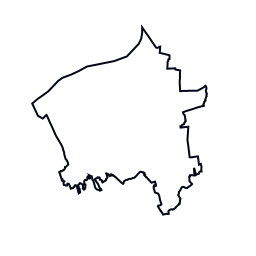 outline of Dragasani, Vâlcea, Romania, rotated 255°
{"feature_id": "2599482B20433096122329", "entity_name": "Dragasani", "entity_type": "district", "adm_level": 2, "iso_a3": "ROU", "parent_name": "Romania", "parent_adm1": "Vâlcea", "projection": "robinson", "projection_center": [24.24, 44.65], "detail": "fine", "context": "isolated", "style": "outline", "palette": "ink", "viewbox_px": 256, "rotation_deg": 255, "n_neighbors": 0, "source": "geoboundaries", "source_scale": "gbopen_adm2", "svg_char_len": 5518}
<svg xmlns="http://www.w3.org/2000/svg" viewBox="0 0 256 256"><g transform="rotate(255 128 128)"><path d="M221.5,167.7L215.9,166.2L210.9,163.9L206.5,160.2L197.4,145.4L196.2,132.0L197.5,111.6L198.0,104.4L195.7,94.8L194.3,86.9L193.4,77.5L191.5,72.7L187.3,65.8L184.0,60.4L181.4,53.6L180.6,51.5L179.7,48.8L176.4,41.8L163.0,44.2L159.2,48.1L160.0,49.7L161.2,51.5L161.7,52.6L160.4,53.0L154.9,53.8L150.5,54.6L139.2,56.4L130.0,59.0L127.4,59.6L125.7,59.8L122.5,59.8L122.2,59.9L121.3,60.0L120.5,59.9L119.8,59.7L119.0,59.6L115.4,59.7L113.8,59.8L113.4,60.2L112.8,60.5L112.0,60.6L111.3,60.8L110.2,60.9L108.3,60.9L106.9,58.5L106.0,57.1L106.2,56.9L105.4,56.6L104.3,55.7L104.1,54.7L103.9,54.6L103.9,54.4L103.7,52.9L103.8,52.3L103.4,52.4L103.3,50.5L103.1,50.1L100.9,50.5L100.1,50.6L99.8,50.3L98.7,50.5L96.2,50.6L96.1,51.0L95.9,51.3L94.3,50.5L93.4,51.8L93.8,52.0L93.0,52.7L92.0,51.8L91.6,51.5L90.4,51.3L89.7,51.3L89.6,51.7L88.3,53.4L88.3,54.0L88.2,54.3L88.7,54.6L89.9,55.1L89.5,56.3L87.3,56.8L84.2,57.1L84.4,58.3L84.1,59.1L84.1,59.5L84.5,59.6L84.9,60.1L85.0,61.1L85.4,61.3L86.1,61.5L86.4,62.3L86.4,62.6L86.1,62.9L85.7,63.2L85.1,63.5L84.2,63.8L83.8,63.8L83.1,63.4L77.7,63.5L78.1,64.5L78.1,65.1L78.3,65.2L79.4,65.3L80.1,65.1L81.1,65.5L81.8,65.5L83.1,65.1L84.0,65.1L85.2,64.9L85.9,65.2L86.1,65.6L86.2,66.2L86.5,66.6L86.9,66.7L87.2,67.0L87.1,67.4L85.9,68.9L85.5,69.2L84.6,69.5L83.7,69.6L81.1,68.7L80.5,69.2L79.9,69.5L80.4,70.6L80.7,70.8L80.9,70.7L81.1,71.1L82.3,71.6L82.7,71.6L84.4,72.3L84.6,71.8L84.8,71.0L88.3,72.1L89.0,73.3L88.4,74.4L88.7,74.9L88.8,75.3L89.1,75.6L89.6,75.8L90.6,75.8L91.1,76.3L91.6,76.5L91.5,76.8L89.5,77.4L89.1,77.9L89.7,78.7L90.3,78.7L92.4,78.3L91.1,79.7L90.8,80.1L90.8,80.4L90.6,80.4L90.0,80.5L88.4,80.3L87.3,80.2L86.5,80.7L85.4,80.9L79.0,80.9L77.6,81.4L77.0,81.8L76.2,82.7L75.6,83.8L74.7,84.6L75.0,86.3L76.5,85.9L76.6,85.6L77.7,85.0L78.0,85.1L82.4,84.4L83.0,84.0L83.4,83.9L83.6,83.7L87.1,82.8L87.3,83.4L88.2,86.0L87.6,86.2L87.6,86.7L87.7,87.3L87.6,87.7L87.5,87.8L86.8,87.8L86.2,87.5L85.5,87.4L85.3,87.5L84.7,88.8L84.3,89.1L83.6,89.3L83.2,89.4L82.9,89.0L82.0,89.3L82.6,91.0L83.2,93.2L83.4,93.4L84.3,93.5L84.5,93.7L84.9,94.6L85.4,95.3L85.6,95.4L86.6,95.4L87.9,95.4L89.8,95.1L89.8,95.3L89.4,95.8L89.1,96.4L88.3,97.2L87.7,97.4L87.0,97.5L86.5,97.7L86.4,98.1L86.6,98.1L86.8,98.4L86.9,99.3L87.2,99.7L87.5,99.8L87.4,99.9L86.6,100.2L86.2,100.4L86.6,101.2L84.3,102.7L84.4,102.9L84.3,103.0L80.4,105.3L77.4,107.2L75.4,108.6L75.3,108.9L75.4,109.1L75.6,109.3L77.2,110.1L77.6,110.4L77.9,111.0L78.3,112.9L78.1,113.9L78.3,114.6L78.5,116.2L78.1,117.6L78.2,118.5L78.5,119.5L78.4,119.8L78.3,120.2L78.5,121.8L78.9,122.1L79.0,122.6L79.2,122.9L79.9,124.2L81.2,125.9L81.9,127.3L82.6,128.5L82.0,129.7L81.6,130.4L81.6,130.6L81.2,131.4L80.7,131.9L80.3,132.2L79.7,131.4L78.6,132.3L78.1,131.6L76.0,132.7L76.1,132.9L73.3,134.3L71.6,135.1L71.4,135.4L70.5,135.7L69.1,136.5L69.2,140.2L67.9,140.3L65.0,140.2L64.8,139.6L64.7,138.5L65.7,138.3L65.5,138.1L65.3,137.9L64.5,137.5L62.5,137.2L61.5,137.4L58.8,137.3L56.7,140.3L54.2,140.6L52.5,140.5L49.7,140.3L45.8,140.6L45.0,139.4L45.0,138.4L45.2,137.7L45.2,137.3L44.9,136.9L44.7,136.6L43.2,137.0L39.5,138.0L39.5,138.3L37.2,138.9L37.2,139.1L35.3,139.5L35.2,141.1L35.2,143.2L34.7,144.0L34.5,144.8L34.5,145.1L36.1,145.4L37.1,145.4L37.9,146.5L38.1,147.2L38.1,147.8L38.3,148.2L38.2,148.8L37.8,149.6L37.9,150.0L37.6,150.2L38.0,151.9L38.3,152.6L38.5,153.1L39.3,154.0L39.9,155.3L40.7,156.6L40.8,157.0L41.1,157.9L41.8,157.8L42.2,158.3L42.1,158.6L45.1,159.7L45.7,160.2L46.0,160.4L48.8,159.5L49.6,159.4L50.1,159.1L50.3,159.2L50.5,159.3L51.4,160.1L52.0,160.3L53.0,160.6L53.5,161.2L53.9,161.9L54.3,162.3L56.6,164.4L56.9,164.8L56.8,166.3L56.5,166.8L55.2,168.2L55.0,168.6L54.8,169.8L55.8,172.0L56.0,172.9L56.5,174.2L56.8,174.7L57.3,175.4L60.7,173.6L62.1,174.0L64.2,174.3L65.1,174.5L65.0,175.2L66.2,175.6L66.4,175.8L66.1,176.7L65.9,177.5L65.4,178.6L64.9,180.0L67.1,180.3L71.4,181.1L71.6,181.2L71.7,181.4L71.6,181.6L71.3,181.6L65.1,181.5L65.4,182.5L65.5,184.8L66.2,184.9L66.7,185.1L66.9,185.3L67.2,185.9L67.2,186.6L67.0,187.8L68.4,187.9L69.1,188.1L71.3,188.9L73.1,189.0L74.5,189.0L74.2,187.1L79.6,187.8L82.5,188.2L82.6,187.5L83.4,180.9L83.9,180.0L95.1,181.6L101.0,182.3L113.6,186.6L114.8,178.9L115.5,178.9L116.1,179.1L116.1,179.5L116.3,180.3L116.7,180.8L116.9,181.3L117.2,182.3L117.2,183.1L117.5,183.4L118.6,183.8L118.7,184.1L118.9,184.4L119.5,184.8L119.6,185.2L119.7,185.5L120.7,185.8L121.1,185.5L122.1,185.7L125.0,186.1L125.9,186.0L126.3,185.6L126.9,185.4L127.6,185.2L129.0,185.2L129.3,188.4L129.6,196.4L129.8,198.4L129.9,203.9L129.8,207.1L130.5,207.1L131.2,206.8L132.3,207.9L133.2,208.2L133.5,208.4L133.6,209.0L134.3,209.3L134.5,209.5L134.3,209.8L134.4,210.0L134.6,210.1L135.0,210.0L135.4,210.0L135.9,210.2L136.6,210.8L137.9,211.6L138.2,212.1L138.8,212.0L139.3,212.4L140.1,212.5L140.5,213.0L141.1,213.1L141.9,212.7L144.3,213.0L144.7,213.2L145.4,213.9L146.8,214.2L147.4,214.2L148.7,213.8L148.6,213.5L147.9,212.3L147.2,209.7L146.2,205.4L146.1,204.5L148.5,195.6L148.5,195.4L148.4,194.8L148.5,194.4L148.7,194.1L149.5,190.9L149.9,188.6L150.1,187.9L159.1,189.8L164.1,191.6L164.3,191.5L164.8,191.6L169.0,192.9L169.8,193.3L170.2,193.3L171.8,189.6L172.3,188.9L173.4,189.1L175.1,181.3L176.0,181.6L180.2,183.0L181.0,183.1L182.0,183.7L182.2,184.1L183.9,184.8L183.9,185.1L183.8,185.5L183.9,186.0L186.9,186.7L187.6,186.8L189.3,183.8L192.3,178.1L198.3,180.2L198.4,179.4L198.0,178.9L197.9,178.6L197.8,178.1L197.8,177.5L197.9,176.8L198.2,176.2L199.0,175.7L211.7,171.3L221.5,167.7Z" fill="none" stroke="#020617" stroke-width="2"/></g></svg>